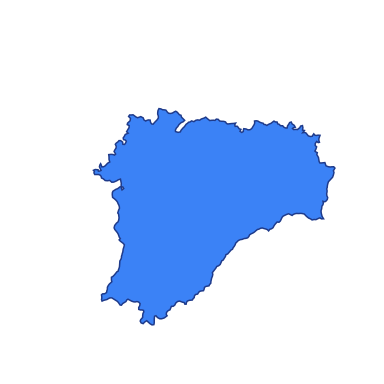 the district of São João del Rei, Minas Gerais, Brazil, rotated 324°
{"feature_id": "56859067B59074018278949", "entity_name": "São João del Rei", "entity_type": "district", "adm_level": 2, "iso_a3": "BRA", "parent_name": "Brazil", "parent_adm1": "Minas Gerais", "projection": "albers", "projection_center": [-44.281, -21.238], "detail": "fine", "context": "isolated", "style": "filled", "palette": "blue", "viewbox_px": 384, "rotation_deg": 324, "n_neighbors": 0, "source": "geoboundaries", "source_scale": "gbopen_adm2", "svg_char_len": 6083}
<svg xmlns="http://www.w3.org/2000/svg" viewBox="0 0 384 384"><g transform="rotate(324 192 192)"><path d="M313.4,193.7L311.8,193.2L310.1,194.0L308.1,194.7L306.6,196.1L305.3,195.2L304.4,193.5L304.3,191.7L302.5,190.3L302.4,188.6L301.4,187.3L302.0,185.4L300.6,184.3L300.0,182.8L298.1,182.8L296.5,182.9L293.4,182.2L291.7,182.2L291.0,180.6L289.9,179.6L290.0,178.2L289.0,177.1L287.8,175.3L287.0,173.3L285.8,172.1L284.3,171.3L283.3,173.0L282.1,173.9L277.6,175.8L275.5,175.7L273.8,174.6L272.8,172.8L271.1,171.2L270.0,172.0L269.1,173.2L267.3,173.1L266.5,171.1L268.4,170.1L267.3,168.5L267.4,166.8L267.2,165.3L265.5,164.3L266.1,162.7L267.8,161.9L266.0,161.0L264.3,159.9L260.9,158.0L260.2,156.8L260.3,155.0L259.2,153.5L257.4,152.1L256.1,150.8L255.9,148.6L254.5,147.3L252.7,147.6L251.5,146.5L249.8,145.4L248.3,144.6L248.0,143.2L247.6,141.9L247.1,139.5L245.3,139.3L242.4,138.4L240.4,138.4L239.0,137.0L237.3,136.2L234.9,136.2L233.4,134.2L231.6,134.2L230.2,133.5L228.7,133.8L227.2,133.7L224.2,134.7L222.4,134.9L219.5,135.6L217.9,136.5L215.8,135.6L214.2,133.4L214.9,132.2L216.9,131.1L219.0,130.7L221.1,129.8L223.9,129.5L226.2,130.0L228.2,129.7L227.5,125.3L228.2,123.4L227.2,122.1L227.1,120.1L226.9,118.5L226.3,117.1L224.9,116.8L222.5,116.6L220.7,115.8L219.3,114.5L219.0,112.8L219.0,110.4L217.7,109.1L216.5,108.1L215.7,106.5L214.3,105.1L212.4,106.1L211.1,107.4L210.0,108.8L209.4,110.8L208.2,112.4L206.2,113.1L202.2,113.8L200.6,114.3L199.5,113.5L199.3,112.0L199.7,110.6L200.4,109.2L199.1,108.1L197.9,107.6L196.2,107.3L195.5,105.4L196.1,103.4L194.9,100.9L193.1,100.4L191.6,99.9L190.8,98.4L189.7,94.9L188.0,93.9L186.8,93.0L185.1,93.6L185.5,96.3L183.8,98.0L181.9,98.2L180.4,98.4L179.2,99.4L180.2,101.4L178.9,102.9L176.5,103.9L174.5,104.8L174.9,106.9L171.8,106.2L169.9,107.2L168.1,107.8L167.4,109.4L168.6,110.8L168.7,112.3L167.2,113.3L165.4,113.9L164.1,112.8L165.2,110.8L164.5,108.5L163.1,107.5L161.5,107.9L159.6,107.9L158.0,108.3L157.6,110.4L156.4,111.8L154.3,112.6L152.8,113.4L152.5,116.4L151.0,116.6L150.1,115.2L148.7,114.0L146.6,112.8L145.5,114.8L144.0,116.9L143.1,119.4L140.7,119.1L137.1,119.8L135.2,119.6L133.8,118.6L134.4,117.0L134.7,115.4L133.3,116.0L131.9,117.2L131.6,118.8L131.1,121.1L129.7,120.8L128.5,120.1L129.1,118.8L126.9,116.9L125.0,116.5L125.1,118.0L123.9,118.9L123.6,120.7L126.6,122.9L127.5,124.1L127.7,125.9L127.0,127.5L128.0,129.2L128.5,131.7L130.2,133.2L132.3,134.3L132.8,136.9L134.5,138.0L137.7,138.7L139.6,138.8L141.7,139.5L139.8,143.6L138.6,144.9L138.0,146.4L136.8,145.5L133.7,145.6L132.2,145.1L128.5,144.9L127.2,145.7L125.9,147.3L124.6,149.7L125.3,152.1L125.7,154.2L125.8,156.2L125.3,158.1L125.1,159.7L124.5,161.3L123.7,162.6L122.3,163.3L119.6,165.3L119.6,166.7L117.8,170.0L116.2,171.6L114.6,172.7L112.6,172.8L109.8,173.6L107.9,175.2L107.5,176.9L107.7,181.1L107.5,182.9L106.6,185.9L106.6,187.6L104.9,187.9L105.1,189.6L106.1,192.9L106.3,194.9L105.0,196.1L102.7,197.8L100.7,199.9L99.5,200.7L98.4,201.7L97.2,202.5L96.3,203.7L94.8,204.7L93.1,205.4L89.5,209.7L88.2,210.8L86.9,211.6L85.8,212.6L84.4,212.4L80.4,213.5L78.4,213.8L76.7,213.6L75.0,216.0L74.4,217.5L71.0,217.9L69.4,218.4L67.6,219.3L66.3,221.0L65.0,221.9L63.8,223.1L61.6,223.0L59.7,221.8L58.3,222.0L57.5,223.6L56.6,224.9L55.6,225.8L55.1,227.4L57.0,227.8L60.0,229.0L61.6,229.1L63.3,229.4L64.9,230.5L67.3,236.5L67.5,238.1L67.4,241.2L68.4,242.1L70.3,241.5L74.2,241.8L75.7,241.0L77.2,241.1L79.1,245.0L80.2,246.5L81.3,247.5L83.1,248.3L84.2,249.7L84.4,251.8L82.8,253.3L81.0,254.1L79.9,255.7L81.0,257.2L82.2,258.0L83.2,259.3L82.5,260.7L81.0,261.4L79.6,262.8L78.3,264.5L75.5,265.1L74.2,266.0L73.9,268.0L75.1,269.8L77.2,269.4L79.7,269.5L80.6,273.8L81.5,276.0L83.2,276.9L84.5,275.7L87.1,272.2L88.7,270.5L90.1,270.9L90.3,273.3L91.4,275.6L92.9,276.7L94.3,277.2L95.7,277.6L99.1,277.5L99.2,276.0L100.3,274.7L101.8,274.1L103.4,274.0L104.9,274.4L108.1,272.4L109.6,273.4L111.5,273.4L113.6,272.3L115.9,272.1L117.8,272.9L119.5,275.5L120.7,276.8L120.3,278.6L121.4,279.3L122.4,278.2L124.1,277.5L126.0,278.0L128.8,279.6L130.4,278.9L131.7,278.8L132.9,277.5L134.6,277.0L136.5,277.9L138.7,277.0L140.2,277.0L141.5,277.6L143.3,278.6L144.9,277.6L146.0,276.5L147.6,276.5L150.6,277.9L151.8,277.2L153.5,276.9L154.8,275.4L157.4,273.1L158.8,272.3L160.4,270.9L161.1,269.2L164.9,268.1L166.8,267.5L168.2,266.8L170.2,267.3L172.2,267.2L175.8,265.1L177.3,265.4L179.1,264.6L181.0,263.9L182.7,262.6L184.4,263.1L189.5,261.9L191.1,262.1L192.5,261.3L194.2,260.8L196.0,260.0L197.2,259.1L201.0,258.5L203.0,258.9L204.7,259.8L206.8,260.3L208.4,261.2L210.1,261.8L211.9,261.4L213.4,260.5L215.3,260.6L217.2,261.0L219.0,261.1L220.7,260.9L222.9,260.8L224.3,261.4L226.1,261.6L227.8,262.5L228.6,263.7L229.8,265.1L230.9,266.8L231.1,268.5L233.1,267.9L234.7,268.5L236.6,268.5L238.8,267.4L240.4,266.9L243.2,266.3L244.6,267.6L246.4,267.4L250.1,265.4L251.7,265.1L255.5,265.8L257.4,266.4L259.2,269.8L260.6,269.7L262.3,270.0L264.0,270.8L265.6,272.1L267.1,273.0L268.3,274.0L269.9,275.8L270.2,278.4L270.6,280.2L271.1,281.8L272.1,283.4L272.7,285.2L274.6,286.0L276.0,287.2L278.4,287.6L280.3,288.1L280.9,289.8L282.7,291.0L282.9,288.3L283.8,285.9L284.7,284.0L285.7,282.7L286.9,281.9L288.8,279.8L290.4,279.3L291.7,278.2L292.5,276.5L293.7,278.0L295.2,278.1L297.0,277.6L298.5,276.3L298.9,274.3L300.0,272.4L301.3,271.3L302.2,270.1L302.8,268.7L304.2,267.7L305.1,266.6L306.5,265.3L308.4,263.9L314.4,262.7L316.3,261.4L318.3,259.7L318.9,257.9L321.7,256.7L321.5,254.9L319.8,253.7L318.5,253.0L317.1,251.6L315.8,249.6L316.8,246.3L313.8,244.6L312.6,243.8L312.7,242.2L314.6,238.4L315.0,235.0L316.5,233.8L315.8,232.5L315.5,231.1L317.2,230.3L319.4,228.7L319.0,226.8L320.2,225.2L322.6,224.4L323.1,226.2L324.3,226.7L325.1,224.5L326.4,223.1L328.9,221.4L327.4,220.1L325.9,219.4L324.8,218.3L324.7,216.5L323.3,217.0L322.1,217.6L320.4,216.7L319.1,215.0L318.9,211.2L318.1,210.0L316.4,209.1L319.1,208.3L317.8,206.9L319.5,205.2L320.4,203.2L318.6,202.5L316.9,203.4L315.5,203.3L314.1,203.5L312.8,202.4L310.9,201.2L310.6,199.7L312.1,199.6L313.6,200.3L313.9,198.2L313.0,195.7L313.4,193.7ZM138.0,146.4L139.0,147.3L138.8,149.1L136.6,149.2L137.0,147.6L138.0,146.4Z" fill="#3b82f6" stroke="#1e3a8a" stroke-width="1.5"/></g></svg>